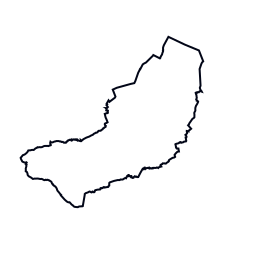 the district of Cleja, Bacau, Romania, rotated 316°
{"feature_id": "2599482B76086213180522", "entity_name": "Cleja", "entity_type": "district", "adm_level": 2, "iso_a3": "ROU", "parent_name": "Romania", "parent_adm1": "Bacau", "projection": "robinson", "projection_center": [26.881, 46.398], "detail": "fine", "context": "isolated", "style": "outline", "palette": "ink", "viewbox_px": 256, "rotation_deg": 316, "n_neighbors": 0, "source": "geoboundaries", "source_scale": "gbopen_adm2", "svg_char_len": 5693}
<svg xmlns="http://www.w3.org/2000/svg" viewBox="0 0 256 256"><g transform="rotate(316 128 128)"><path d="M232.9,121.5L226.8,107.5L220.4,90.5L211.2,93.4L209.1,94.5L208.0,95.6L207.9,95.9L206.8,96.6L206.8,97.0L205.9,97.5L204.7,98.0L203.7,98.7L201.4,99.3L200.6,99.6L199.8,100.1L199.3,100.1L196.9,93.1L196.3,93.3L186.4,93.4L184.5,92.8L182.8,92.5L177.7,94.2L177.6,93.9L177.3,94.0L176.5,94.4L173.8,95.3L165.9,99.3L163.7,100.1L160.6,98.2L147.9,91.3L143.7,89.8L140.8,96.7L139.6,97.1L132.9,96.3L133.2,94.6L129.4,95.7L129.3,96.1L129.4,96.5L128.4,96.6L128.1,98.9L126.4,98.8L126.1,98.5L126.2,98.9L125.7,98.8L125.6,99.3L125.3,100.0L124.8,100.2L125.2,100.6L125.0,100.9L125.1,101.1L125.0,101.4L125.4,101.7L124.9,102.1L124.4,102.3L124.5,102.6L124.1,103.1L123.7,103.1L122.3,102.2L121.7,102.0L121.1,101.7L119.2,104.9L118.5,106.9L117.3,109.7L116.7,109.6L114.4,108.8L113.7,109.4L113.3,110.5L113.5,111.0L112.7,111.6L111.1,111.2L110.5,111.3L109.9,111.0L108.8,111.3L108.3,111.1L107.6,111.1L107.1,110.9L106.5,111.0L106.1,110.7L105.8,110.4L105.0,109.7L104.0,109.6L103.1,109.9L101.9,109.4L101.6,109.0L100.4,108.8L99.3,108.4L98.2,108.5L96.0,107.7L94.3,107.3L91.4,106.0L87.9,105.0L87.2,105.1L86.1,104.8L85.8,104.9L85.7,104.2L85.4,104.7L84.9,104.7L84.7,104.4L84.8,104.0L84.7,103.9L84.3,103.8L83.6,102.4L83.1,102.2L83.2,101.6L83.6,101.3L83.6,101.0L83.4,100.9L82.4,100.8L82.3,100.6L82.7,100.0L82.0,99.4L81.4,99.3L81.1,98.9L81.1,98.5L80.1,98.0L79.6,98.1L78.9,98.0L78.9,97.7L79.2,97.2L78.8,97.2L78.9,96.9L78.8,96.7L78.2,96.4L78.1,96.1L77.8,95.9L77.5,96.0L76.5,95.3L75.7,95.4L75.5,95.2L75.3,95.2L75.2,95.5L73.8,95.3L73.4,95.5L73.0,95.4L72.7,95.1L72.7,94.7L72.1,94.5L71.6,93.9L71.5,92.7L70.5,91.9L70.4,91.5L70.3,90.9L69.7,90.5L69.1,89.3L68.5,88.7L67.4,87.6L66.6,87.3L65.6,86.6L63.8,86.0L62.6,84.7L62.6,84.1L61.6,84.7L61.2,85.4L60.8,86.4L60.6,86.7L60.3,86.7L59.4,86.1L58.3,85.8L57.7,85.0L55.8,83.2L55.1,82.7L52.9,82.0L52.3,81.6L51.7,81.1L51.3,80.5L50.0,79.6L49.6,79.0L49.5,78.9L48.8,79.0L47.3,78.4L44.9,78.3L44.0,77.3L43.2,76.7L42.5,76.4L40.7,74.9L39.1,75.4L37.4,75.5L35.3,75.3L33.4,74.5L31.4,74.8L30.2,74.8L29.7,75.5L29.4,76.3L28.7,78.6L28.7,78.9L29.5,80.8L30.5,81.9L31.1,82.1L31.1,82.5L29.4,82.9L29.6,83.8L29.0,84.0L28.7,84.6L28.2,85.0L26.3,86.1L25.2,87.4L24.4,88.0L24.4,88.5L24.7,89.2L24.6,89.7L24.1,90.9L23.3,91.9L23.1,92.7L23.1,94.0L23.8,96.1L24.2,98.6L25.8,99.6L26.4,100.3L27.6,101.3L28.3,102.1L29.4,103.7L30.5,104.6L30.8,105.2L31.5,107.3L32.0,107.7L32.7,107.9L33.0,108.6L33.8,109.0L34.0,109.4L34.3,109.5L34.8,110.7L35.0,111.0L34.9,111.4L35.1,111.6L35.4,112.7L35.4,113.9L34.8,115.1L34.8,116.1L34.6,116.3L34.6,116.5L34.9,116.5L34.9,116.8L34.6,117.8L34.8,118.6L34.9,118.8L34.9,119.3L35.1,119.6L35.0,120.5L34.7,122.0L34.1,123.1L33.7,124.3L33.6,126.6L33.4,127.9L33.4,129.5L33.0,129.5L32.9,129.8L32.7,135.5L32.9,138.2L33.1,139.2L33.6,140.2L34.3,140.7L34.4,140.9L34.3,143.5L34.3,144.1L34.6,145.3L34.5,146.6L34.9,147.7L36.6,149.8L37.1,150.2L37.5,150.2L37.7,150.3L38.3,150.5L40.0,151.9L40.4,152.3L41.0,152.4L41.0,152.7L41.2,152.8L50.2,146.2L51.1,145.4L52.3,145.5L54.5,146.5L56.1,146.9L56.4,147.2L56.9,148.9L57.2,149.1L58.2,149.0L58.4,149.1L58.5,150.1L59.1,150.7L59.8,150.7L60.6,150.1L61.3,150.0L62.3,150.7L62.9,150.9L65.2,152.8L66.5,152.2L67.0,152.5L67.0,153.0L67.5,153.2L67.7,153.4L68.1,153.6L69.2,153.5L69.3,153.8L69.7,154.1L69.8,154.5L70.2,154.5L70.4,155.0L71.7,155.8L72.3,156.3L72.8,156.6L73.1,156.3L74.5,156.4L74.9,156.1L75.0,155.8L76.4,154.5L77.2,154.5L81.1,156.3L84.3,158.2L85.9,159.7L86.8,159.8L88.4,161.4L90.1,161.7L90.7,162.0L91.4,162.0L91.8,162.8L92.3,162.5L93.6,162.3L94.1,161.9L95.7,162.1L95.9,162.3L95.9,163.1L95.8,163.3L95.3,163.2L95.2,163.3L96.7,164.6L96.0,164.9L96.0,165.3L96.0,165.7L96.5,165.8L96.7,166.1L96.5,166.5L96.7,167.2L97.4,167.6L98.0,167.3L98.8,167.5L99.2,167.4L99.7,168.6L100.1,168.5L100.3,168.8L100.7,169.9L101.3,170.4L105.6,168.9L110.4,167.5L110.8,167.7L111.0,168.2L110.9,168.7L111.0,168.7L112.0,167.9L112.3,167.9L112.6,168.2L112.3,168.7L112.2,169.3L112.6,169.2L112.8,169.6L113.3,169.6L115.4,171.0L115.1,171.2L115.4,171.5L115.1,171.6L115.1,171.8L115.3,172.1L115.8,172.0L115.9,172.5L116.3,172.7L116.5,173.1L117.5,173.6L117.4,173.9L118.2,174.1L118.2,174.4L118.6,174.4L119.4,175.1L119.6,175.5L120.9,176.4L121.4,176.5L121.4,176.9L121.9,177.4L122.0,177.8L122.8,177.7L123.2,177.8L125.1,178.8L125.2,177.5L125.4,177.3L126.0,177.2L127.4,177.7L127.5,177.6L128.5,177.6L128.7,177.9L129.7,178.8L129.8,179.1L130.5,179.9L131.6,179.9L133.5,180.3L133.9,180.1L134.1,180.3L134.3,180.3L135.1,179.6L135.7,179.6L139.3,180.4L140.7,181.3L141.6,181.5L141.9,181.5L142.8,179.7L143.3,179.6L144.7,179.4L146.8,179.4L147.4,179.6L148.3,180.3L150.0,177.8L148.8,176.6L148.9,175.8L149.0,175.4L149.3,175.3L149.8,174.2L150.6,173.1L150.8,172.6L151.0,172.6L152.3,173.2L153.2,173.8L154.2,174.2L154.8,174.1L155.8,174.4L156.0,174.6L155.8,174.9L155.9,175.5L156.5,175.9L157.0,176.1L158.0,176.7L158.8,176.7L160.4,177.9L161.0,177.7L162.7,175.1L162.9,175.3L163.2,175.4L164.0,175.0L164.4,174.1L164.3,173.4L164.6,172.8L165.3,173.0L166.9,172.8L167.2,172.6L167.7,171.5L168.2,171.0L169.2,172.5L169.6,172.0L171.1,172.3L172.9,172.4L173.1,167.8L174.1,167.8L174.5,167.7L175.1,167.3L180.6,166.2L182.6,166.5L183.2,166.4L185.1,164.5L186.1,163.2L187.0,162.8L188.0,162.5L188.5,162.3L189.8,160.9L190.6,160.2L192.3,159.3L194.6,158.7L196.6,157.9L196.9,157.6L196.4,156.1L196.8,155.9L196.8,155.4L197.0,154.7L197.6,154.6L198.6,153.9L198.8,153.5L200.2,151.7L200.2,151.4L201.1,149.7L201.6,149.8L201.8,150.2L202.3,150.7L202.8,150.4L203.8,151.5L204.6,151.3L205.5,151.5L206.3,153.1L206.5,152.5L206.6,151.0L207.3,149.4L207.7,148.9L209.5,148.0L209.8,147.7L220.5,135.3L225.6,132.7L226.9,132.3L228.4,132.3L232.9,121.5Z" fill="none" stroke="#020617" stroke-width="2"/></g></svg>